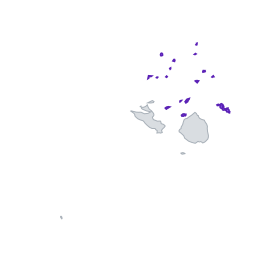 Eastern on a map of Fiji (Equal Earth projection), rotated 244°
{"feature_id": "FJI-2618", "entity_name": "Eastern", "entity_type": "Division", "adm_level": 1, "iso_a3": "FJI", "parent_name": "Fiji", "parent_adm1": "", "projection": "equal_earth", "projection_center": [179.768, -18.91], "detail": "medium", "context": "in_parent", "style": "filled", "palette": "violet", "viewbox_px": 256, "rotation_deg": 244, "n_neighbors": 0, "source": "natural_earth", "source_scale": "10m", "svg_char_len": 4100}
<svg xmlns="http://www.w3.org/2000/svg" viewBox="0 0 256 256"><g transform="rotate(244 128 128)"><path d="M104.1,174.1L104.2,175.4L104.8,175.9L105.4,176.0L107.0,178.5L109.5,180.7L111.0,182.3L111.1,183.7L110.7,185.2L111.3,187.9L111.6,190.6L112.7,195.0L111.2,195.8L108.8,195.9L108.2,196.7L107.4,196.3L105.3,196.6L103.4,198.0L101.6,200.0L99.5,200.0L97.1,200.4L94.7,200.1L93.0,199.1L90.1,198.0L86.1,197.0L84.5,196.2L83.1,194.9L81.9,191.7L81.7,190.1L81.8,188.6L83.0,188.1L84.0,187.3L84.1,186.3L84.5,185.6L85.1,185.3L85.3,184.9L84.9,183.2L84.8,181.7L87.1,179.0L89.6,176.7L94.0,174.5L96.7,174.7L100.8,173.1L102.1,172.3L103.4,172.8L104.1,174.1ZM142.0,138.4L138.7,142.3L137.5,144.4L136.5,146.6L133.6,149.0L132.4,152.3L132.5,155.6L135.3,152.1L138.5,149.3L139.5,148.8L140.5,148.8L140.4,149.8L139.9,150.7L139.6,153.2L140.4,155.5L138.1,155.2L135.7,155.4L133.0,156.7L130.2,157.3L129.2,157.3L128.2,156.9L127.6,156.2L127.1,154.7L126.6,154.5L124.4,154.5L121.2,157.5L120.1,160.1L118.9,160.2L117.4,159.7L115.6,161.6L113.5,162.3L112.6,160.7L112.0,158.6L111.2,157.1L108.9,156.8L109.2,154.9L109.9,154.2L110.4,153.1L110.8,151.8L111.9,152.6L113.0,153.1L114.3,152.2L115.7,152.1L117.0,149.4L119.1,147.7L122.0,146.4L124.9,145.4L126.4,145.2L127.9,144.7L130.4,142.1L132.1,140.8L134.0,140.0L135.7,139.5L137.4,140.0L138.7,139.7L142.0,137.9L142.0,138.4ZM108.8,221.3L108.8,222.6L106.0,223.4L105.1,222.4L104.5,222.2L102.8,224.1L102.3,224.8L102.1,225.4L101.7,225.7L98.6,226.6L97.3,225.7L98.2,225.1L99.3,223.9L100.4,224.0L101.6,222.9L102.7,221.2L104.3,220.8L105.5,220.2L107.4,220.6L108.8,221.3ZM142.0,161.9L140.4,163.0L139.7,162.0L140.5,159.4L142.0,156.7L142.0,158.9L142.0,161.9ZM127.7,195.6L127.5,195.9L125.6,193.5L125.7,192.6L126.0,191.7L126.8,191.0L127.4,192.3L128.0,194.5L127.7,195.6ZM116.2,184.6L115.1,185.1L114.5,183.3L115.3,181.5L116.3,181.4L116.8,183.2L116.2,184.6ZM129.3,173.9L128.6,174.7L128.2,170.6L129.0,170.7L129.5,171.1L129.8,172.1L129.3,173.9ZM81.1,167.4L80.0,167.9L80.6,165.5L81.2,164.8L81.6,164.6L82.2,164.5L82.0,166.1L81.1,167.4ZM78.0,29.2L77.1,29.5L75.7,29.2L75.4,28.7L75.9,28.6L76.8,28.3L77.9,28.5L78.1,28.8L78.0,29.2ZM142.0,149.4L141.7,149.4L141.7,148.9L142.0,147.9L142.0,149.4Z" fill="#d9dde1" stroke="#a8b0b8" stroke-width="1"/><path d="M107.6,220.8L108.8,221.1L109.0,222.5L108.3,223.1L107.4,222.7L107.3,223.5L105.6,223.5L105.8,222.7L105.2,222.7L105.5,222.3L104.3,222.3L103.4,223.3L102.4,223.5L102.3,224.6L102.0,224.3L102.0,225.0L102.5,225.5L102.1,226.7L101.7,226.5L101.7,225.5L100.2,226.7L99.0,226.3L98.2,226.7L97.1,225.9L97.8,225.1L98.6,225.1L99.3,223.8L101.0,224.1L101.2,223.3L101.9,223.1L102.3,221.4L103.1,221.0L104.6,221.3L104.8,220.5L105.7,219.9L106.5,219.9L107.6,220.8ZM126.6,190.8L128.0,193.4L127.7,196.1L126.9,195.3L125.9,192.6L125.6,193.8L125.1,191.0L126.6,190.8ZM129.9,171.6L129.5,173.6L128.6,174.8L128.2,170.7L129.6,170.2L129.9,171.6ZM115.1,181.6L116.0,181.7L116.4,183.5L116.1,184.6L114.9,185.1L114.3,183.0L115.1,181.6ZM179.5,189.2L180.6,190.2L180.5,191.2L179.4,191.5L178.2,191.0L178.1,190.1L178.5,189.2L179.5,189.2ZM163.6,167.5L166.0,169.4L164.3,172.3L164.1,171.4L165.0,169.3L163.7,168.5L163.6,167.5ZM140.8,209.0L140.8,209.7L139.6,210.6L140.3,211.0L139.4,212.2L138.3,210.0L140.8,209.0ZM168.6,197.7L169.5,199.2L169.2,199.9L168.2,199.8L167.4,199.0L168.6,197.7ZM109.8,218.0L109.8,219.5L109.3,219.9L108.5,219.4L109.0,218.1L109.8,218.0ZM144.8,221.9L145.3,219.8L146.1,220.0L146.7,220.8L146.2,221.7L146.0,220.7L145.5,220.6L145.2,221.0L145.4,222.2L145.1,222.3L144.8,221.9ZM137.1,225.7L137.6,227.5L136.4,227.7L136.6,226.9L137.0,227.1L136.7,225.9L137.1,225.7ZM156.9,185.8L156.6,184.9L157.4,184.4L157.8,185.5L156.9,185.8ZM164.7,221.7L164.6,220.4L165.1,219.9L165.4,221.3L164.7,221.7ZM162.3,191.6L163.3,191.6L163.4,192.7L162.5,192.3L162.3,191.6ZM172.9,225.7L173.4,226.5L174.1,226.7L174.0,227.3L172.6,226.4L172.7,225.9L173.1,225.4L173.7,225.3L172.9,225.7ZM160.6,177.0L160.2,176.1L160.8,175.6L161.1,176.5L160.6,177.0ZM129.5,186.5L129.5,187.7L129.3,188.2L128.6,186.5L128.7,186.1L129.5,186.5ZM113.7,184.1L115.2,185.7L115.0,186.1L114.2,185.7L113.7,184.1Z" fill="#8b5cf6" stroke="#5b21b6" stroke-width="1.5"/></g></svg>